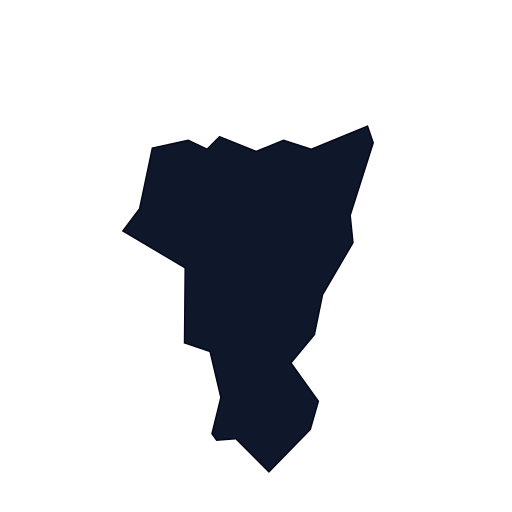 SVG path tracing the border of Castlereagh, rotated 127°
{"feature_id": "GBR-2103", "entity_name": "Castlereagh", "entity_type": "District", "adm_level": 1, "iso_a3": "GBR", "parent_name": "United Kingdom", "parent_adm1": "", "projection": "equal_earth", "projection_center": [-5.844, 54.549], "detail": "fine", "context": "isolated", "style": "filled", "palette": "ink", "viewbox_px": 512, "rotation_deg": 127, "n_neighbors": 0, "source": "natural_earth", "source_scale": "10m", "svg_char_len": 493}
<svg xmlns="http://www.w3.org/2000/svg" viewBox="0 0 512 512"><g transform="rotate(127 256 256)"><path d="M316.1,377.4L288.3,377.4L232.2,403.7L204.4,379.8L200.2,359.3L182.7,356.9L172.4,318.8L147.0,303.6L137.5,276.1L85.2,245.1L95.1,230.5L166.8,205.3L187.0,186.6L246.8,179.6L283.6,162.1L320.4,163.8L334.5,118.8L361.8,108.3L420.6,115.8L414.0,162.1L426.8,176.6L424.4,184.2L390.1,198.9L359.9,235.2L368.4,260.8L308.1,305.4L316.1,377.4Z" fill="#0f172a" stroke="#020617" stroke-width="1.5"/></g></svg>